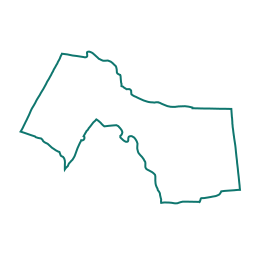 Kebemer, Louga, Senegal (Albers equal-area conic projection), rotated 356°
{"feature_id": "50182788B60047071387499", "entity_name": "Kebemer", "entity_type": "district", "adm_level": 2, "iso_a3": "SEN", "parent_name": "Senegal", "parent_adm1": "Louga", "projection": "albers", "projection_center": [-16.284, 15.311], "detail": "fine", "context": "isolated", "style": "outline", "palette": "teal", "viewbox_px": 256, "rotation_deg": 356, "n_neighbors": 0, "source": "geoboundaries", "source_scale": "gbopen_adm2", "svg_char_len": 5103}
<svg xmlns="http://www.w3.org/2000/svg" viewBox="0 0 256 256"><g transform="rotate(356 128 128)"><path d="M173.5,206.1L175.5,205.6L177.5,205.3L178.9,205.4L185.3,205.9L188.5,206.2L190.9,206.4L192.7,206.6L193.8,206.5L194.1,206.9L194.3,206.8L194.4,206.7L194.6,206.3L194.8,205.9L194.9,205.5L195.1,205.1L195.3,204.7L195.4,204.3L195.5,204.0L195.6,203.7L195.9,203.3L196.1,203.2L196.3,203.2L196.7,203.1L197.6,203.2L198.4,203.2L199.1,203.2L199.6,203.2L200.3,203.1L201.5,203.0L202.7,202.9L203.6,202.8L204.7,202.7L205.7,202.6L207.1,202.4L207.9,202.3L209.1,202.2L209.8,202.1L210.2,202.1L210.8,202.0L211.5,201.8L212.1,201.6L212.8,201.4L213.4,201.1L214.0,200.9L214.4,200.7L214.8,200.3L215.2,199.9L215.5,199.5L215.8,199.0L216.2,198.5L216.6,197.7L219.9,197.5L223.1,197.5L226.3,197.5L229.6,197.5L232.8,197.4L235.4,197.5L235.3,195.3L235.3,193.1L235.2,190.9L235.1,187.6L235.0,184.3L234.8,180.2L234.7,176.1L234.5,172.0L234.4,170.4L234.4,168.2L234.2,164.3L234.1,161.7L234.0,158.8L234.0,158.5L233.9,154.8L233.8,152.8L233.5,149.1L233.2,145.5L233.1,143.3L233.0,142.9L233.0,142.5L233.0,142.4L232.8,139.3L232.7,136.8L232.5,134.4L232.5,133.5L232.5,131.8L232.4,131.2L232.5,129.3L232.5,125.0L232.4,124.5L232.4,121.7L232.4,119.0L232.4,116.2L229.2,115.9L225.9,115.6L222.7,115.4L219.5,115.1L219.4,115.1L216.3,114.8L213.0,114.5L209.8,114.2L206.6,114.0L203.4,113.7L200.1,113.4L199.8,113.4L199.4,113.3L193.7,112.8L193.7,112.1L191.9,111.5L189.8,110.9L186.2,110.2L185.1,110.2L183.0,110.1L179.8,110.0L178.6,110.1L177.6,110.1L177.0,110.2L175.9,110.2L173.7,110.0L172.0,109.8L170.2,109.3L168.8,108.9L166.1,107.6L163.3,106.2L161.3,105.0L159.6,104.5L159.6,104.4L157.5,104.3L156.3,104.5L154.0,104.1L152.2,103.9L150.1,103.4L148.7,102.9L145.5,101.6L141.2,99.3L139.6,98.4L138.3,97.6L136.3,96.6L135.0,95.7L133.8,94.7L133.7,93.6L133.7,92.0L133.7,90.8L132.9,89.8L132.1,89.3L131.6,89.3L130.3,89.2L129.2,89.2L128.4,88.5L126.9,87.5L125.9,86.4L125.7,86.3L124.9,86.0L124.4,85.8L124.6,83.3L124.3,82.4L124.2,79.0L124.2,75.6L123.9,74.5L123.3,74.3L121.5,73.1L121.2,72.8L120.8,71.9L120.8,68.6L120.5,66.6L120.4,66.3L120.4,66.2L119.9,65.1L119.6,64.9L118.4,63.6L117.1,62.1L115.4,60.6L113.7,59.8L112.6,59.3L111.4,59.3L109.5,59.3L108.6,59.2L108.3,59.2L107.5,59.0L107.3,58.9L105.8,58.1L104.7,57.4L103.7,56.9L102.7,55.7L101.9,54.9L99.7,52.6L97.8,50.7L96.1,49.7L94.6,49.1L93.6,49.1L92.8,49.3L92.4,49.7L92.3,50.5L92.4,51.8L92.4,52.7L92.2,53.8L91.4,54.3L90.8,54.5L89.9,54.5L88.5,54.1L86.3,53.6L84.1,53.1L81.9,52.6L77.7,51.8L72.8,50.4L67.3,49.3L67.2,49.6L66.4,50.8L65.6,52.2L64.8,54.0L63.8,55.6L62.6,57.4L61.9,58.9L61.3,59.6L60.6,60.7L59.3,62.7L58.1,64.4L57.0,66.5L56.3,67.4L55.6,68.6L55.0,69.7L54.1,71.0L53.2,72.4L52.6,73.4L51.5,74.9L50.5,76.3L49.5,78.1L48.3,80.0L46.1,83.4L44.7,85.3L43.3,87.3L42.4,88.8L41.2,90.4L39.2,93.2L38.3,94.6L38.1,94.9L37.4,96.2L36.4,97.7L35.6,98.9L34.6,100.3L33.6,101.7L32.7,103.2L31.8,104.9L31.1,106.3L29.9,108.6L28.9,110.3L27.4,113.0L26.3,114.8L25.4,116.4L24.1,118.6L23.1,120.4L21.9,122.3L20.6,124.1L24.1,125.5L27.6,127.0L31.1,128.5L34.6,129.9L35.3,130.7L37.8,131.7L40.6,132.4L41.8,133.7L42.4,135.1L43.4,136.1L44.5,136.9L46.0,137.7L46.9,138.3L50.7,142.3L51.2,142.7L52.4,143.6L54.4,145.2L56.8,146.7L57.9,147.1L58.8,150.2L59.0,150.9L59.8,151.5L61.2,152.3L61.4,152.6L62.2,153.9L62.7,156.1L62.7,158.1L62.5,159.7L62.1,164.7L62.1,164.9L63.2,163.5L65.3,161.8L65.9,160.6L66.6,159.3L67.8,158.2L69.1,156.9L70.4,155.8L71.7,154.0L72.7,152.5L73.6,150.6L74.7,148.1L76.2,144.7L77.6,142.1L78.9,139.7L80.1,137.8L80.5,136.9L81.7,137.2L82.9,136.7L83.6,135.8L83.6,135.7L83.7,135.4L83.9,134.9L83.8,133.7L83.1,133.2L83.8,132.1L84.3,131.4L85.1,130.1L85.8,129.2L86.2,128.4L87.2,127.5L88.0,126.8L88.7,125.6L89.9,124.4L91.0,123.2L93.8,120.0L94.7,119.3L95.6,118.6L95.9,118.4L96.6,117.6L96.7,117.4L97.0,117.2L97.8,117.8L98.1,118.1L98.8,118.6L100.0,119.8L101.1,120.9L101.8,121.9L103.2,123.5L104.5,124.7L107.0,124.6L108.8,124.5L113.2,124.4L116.6,124.4L118.5,125.5L119.3,126.6L120.2,127.7L121.4,129.6L121.8,130.6L122.1,131.8L121.6,133.4L120.8,134.6L119.8,135.3L119.7,136.8L120.5,137.8L121.2,138.5L122.2,139.6L123.2,140.5L124.1,141.1L124.7,141.5L125.9,141.7L126.7,141.5L127.1,141.1L127.4,140.3L127.6,138.1L128.2,136.8L129.1,136.4L130.4,136.3L131.0,136.4L131.5,136.6L133.4,137.9L134.3,139.1L135.0,140.3L135.8,142.0L136.1,143.1L136.4,144.4L136.2,145.5L136.0,147.0L135.9,147.8L135.8,149.3L136.0,150.5L136.2,151.7L136.4,152.7L136.9,153.9L137.7,155.0L138.5,156.1L139.6,157.4L140.2,158.2L140.8,159.2L141.2,159.9L141.4,160.1L141.6,160.5L142.1,161.9L142.5,162.3L142.8,163.1L142.9,164.5L142.8,165.2L142.7,166.6L142.6,167.8L142.7,168.7L143.0,169.3L143.6,170.3L144.1,170.6L144.6,171.0L145.8,171.7L148.0,173.1L148.8,173.6L150.1,174.7L151.1,175.8L151.7,176.6L151.9,178.1L151.7,181.1L151.6,181.9L151.6,183.0L151.6,185.1L151.8,186.7L152.3,188.5L153.2,190.6L153.4,192.0L153.9,192.8L154.5,193.6L154.8,194.4L155.2,195.3L155.3,196.4L155.3,197.1L155.8,200.2L156.1,201.6L156.0,202.2L155.9,202.8L155.8,204.1L155.9,205.0L157.1,204.9L159.1,204.8L160.1,204.9L164.2,205.3L166.5,205.7L166.9,205.8L168.9,206.3L170.2,206.5L172.1,206.5L173.5,206.1Z" fill="none" stroke="#0f766e" stroke-width="2"/></g></svg>